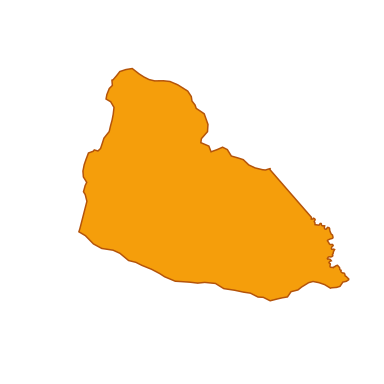 outline of Anadiou, Paphos, Cyprus, rotated 71°
{"feature_id": "46923920B35556705547114", "entity_name": "Anadiou", "entity_type": "district", "adm_level": 2, "iso_a3": "CYP", "parent_name": "Cyprus", "parent_adm1": "Paphos", "projection": "natural_earth1", "projection_center": [32.568, 34.955], "detail": "fine", "context": "isolated", "style": "filled", "palette": "amber", "viewbox_px": 384, "rotation_deg": 71, "n_neighbors": 0, "source": "geoboundaries", "source_scale": "gbopen_adm2", "svg_char_len": 2757}
<svg xmlns="http://www.w3.org/2000/svg" viewBox="0 0 384 384"><g transform="rotate(71 192 192)"><path d="M195.3,110.0L195.1,115.5L193.8,118.2L189.7,124.6L184.9,129.5L178.1,133.0L174.7,137.5L170.8,143.1L163.4,144.8L159.6,148.5L160.1,154.4L160.2,160.9L154.1,161.1L148.2,167.6L144.6,165.7L140.0,157.7L133.3,154.9L122.0,155.0L114.3,160.8L110.7,160.8L106.0,162.4L101.5,161.6L95.2,163.2L86.1,170.5L80.3,176.9L77.5,182.9L74.8,191.1L71.7,196.0L67.6,200.0L63.2,203.5L55.8,208.3L54.7,214.7L54.6,221.0L57.7,225.8L60.2,230.1L60.2,231.3L65.3,232.6L67.2,236.5L72.2,240.8L76.1,243.0L80.2,239.5L86.6,238.2L92.9,241.2L98.1,244.2L102.5,247.2L107.9,250.6L112.4,257.7L117.2,261.3L121.1,264.3L122.6,267.6L120.4,270.7L121.3,272.1L121.4,277.2L126.8,281.7L131.2,285.1L136.7,288.3L142.4,289.8L148.6,288.4L151.1,290.9L156.4,294.5L159.7,293.8L166.6,294.4L176.0,300.6L190.1,309.9L192.8,311.9L198.6,307.0L209.0,302.1L216.0,295.7L221.3,285.6L226.5,280.1L236.1,274.3L240.2,268.0L245.2,263.1L252.0,255.3L258.6,249.1L263.2,245.5L270.9,236.9L273.6,230.4L276.6,223.3L280.0,216.3L281.6,209.4L286.1,199.6L293.7,193.4L298.7,183.8L303.5,175.8L306.6,169.8L312.8,163.8L314.8,158.9L320.3,153.5L320.8,147.3L321.4,141.3L322.3,135.9L318.5,130.8L319.1,123.7L317.5,119.2L315.7,111.2L316.0,106.7L319.1,101.4L322.8,96.7L328.0,92.4L328.0,91.3L329.3,86.3L329.4,82.8L326.3,78.7L326.7,75.1L326.0,72.5L325.3,72.1L324.9,72.3L323.9,72.8L323.2,73.2L322.4,73.5L322.0,73.7L321.6,74.3L321.0,74.5L320.6,74.4L319.6,74.3L318.9,74.3L318.1,74.7L317.9,75.3L317.6,76.0L316.7,76.7L315.9,77.1L315.4,77.1L314.6,76.5L314.0,77.2L313.8,77.3L313.5,77.4L313.3,77.5L312.9,77.4L312.0,77.1L311.3,77.2L310.3,77.6L309.4,78.0L308.8,78.2L308.6,78.4L308.6,80.0L308.9,80.4L309.1,80.9L308.8,81.8L309.1,82.2L309.4,82.5L309.6,83.0L308.9,83.9L308.5,85.2L308.2,85.6L307.6,85.8L307.1,85.7L306.2,85.3L305.7,85.0L305.3,84.7L304.7,84.7L304.1,85.3L303.4,85.5L303.1,85.3L302.4,84.2L302.4,82.7L300.8,83.2L299.9,84.5L299.8,85.5L299.5,85.6L299.0,85.7L298.7,85.4L298.3,84.9L297.9,84.2L297.9,83.3L298.5,82.3L298.7,81.1L298.4,79.9L297.7,79.5L297.4,79.7L297.0,79.7L296.0,78.5L295.3,78.2L294.1,77.3L292.8,75.9L292.1,76.7L292.1,77.6L291.6,78.6L290.8,78.6L289.4,77.7L288.7,76.0L287.9,76.0L287.3,76.3L286.7,78.4L285.6,79.1L284.3,79.2L282.5,79.8L281.9,79.7L281.6,78.6L281.4,76.3L281.6,74.9L281.4,73.9L280.7,73.4L278.4,73.2L277.0,74.1L275.5,74.2L273.8,74.3L272.9,74.2L271.3,73.8L270.3,74.1L269.6,75.3L270.8,77.2L270.6,77.9L270.3,78.3L269.6,78.6L268.3,78.3L267.2,77.6L266.9,78.2L266.6,79.3L266.1,80.1L265.8,80.2L265.3,80.3L264.0,80.1L263.7,80.3L263.5,81.0L264.7,82.8L262.9,86.3L261.2,85.8L259.8,86.1L258.3,84.6L257.4,84.7L256.4,85.5L256.9,86.6L256.4,88.0L254.9,87.3L223.3,100.1L195.8,111.2L195.3,110.0Z" fill="#f59e0b" stroke="#b45309" stroke-width="1.5"/></g></svg>